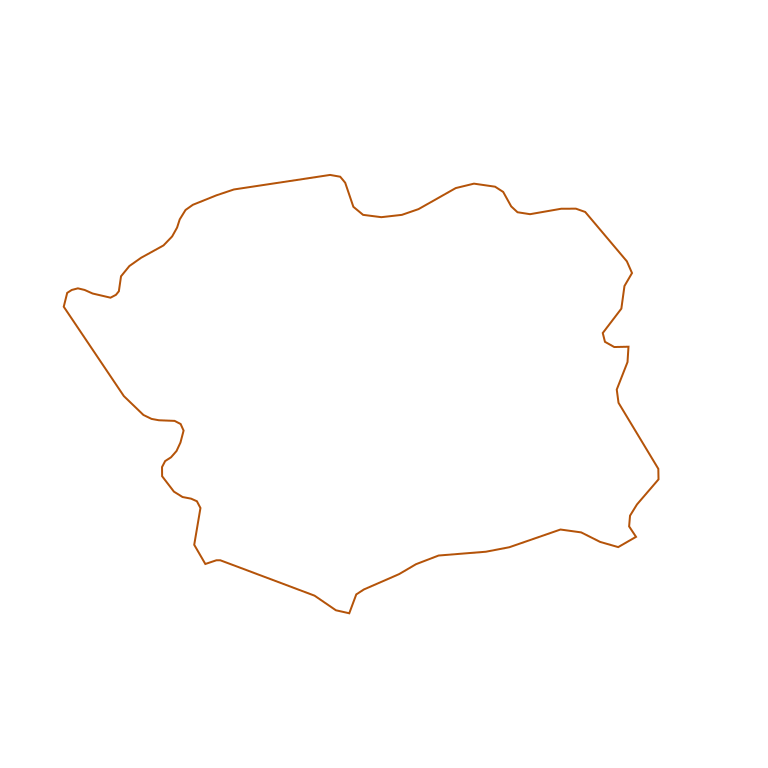 outline of Essonne, rotated 69°
{"feature_id": "FRA-5289", "entity_name": "Essonne", "entity_type": "Metropolitan department", "adm_level": 1, "iso_a3": "FRA", "parent_name": "France", "parent_adm1": "", "projection": "orthographic", "projection_center": [2.213, 48.526], "detail": "fine", "context": "isolated", "style": "outline", "palette": "amber", "viewbox_px": 768, "rotation_deg": 69, "n_neighbors": 0, "source": "natural_earth", "source_scale": "10m", "svg_char_len": 1269}
<svg xmlns="http://www.w3.org/2000/svg" viewBox="0 0 768 768"><g transform="rotate(69 384 384)"><path d="M207.6,349.1L218.6,342.9L227.3,326.7L232.5,306.7L233.1,289.1L226.8,246.8L229.2,228.2L239.6,209.6L247.4,203.9L263.8,201.6L271.5,197.8L277.8,186.8L283.9,155.7L289.1,142.0L295.5,134.5L356.5,113.3L369.3,112.7L378.7,124.4L398.7,135.4L414.8,161.5L423.8,162.6L432.0,155.8L436.8,142.4L450.8,148.8L472.6,168.7L485.6,171.8L561.5,158.3L571.4,161.9L587.1,191.0L595.1,201.5L604.8,206.2L617.0,203.5L620.2,223.8L608.9,238.8L593.2,253.1L583.1,271.4L581.3,325.5L577.1,349.0L563.7,394.5L563.7,418.7L566.9,438.1L568.6,476.4L570.5,485.3L585.6,498.6L578.0,510.0L556.7,524.7L489.9,600.0L488.5,603.7L488.0,615.3L466.1,618.8L434.0,599.8L426.4,600.7L421.9,605.2L417.3,612.6L409.2,618.7L390.6,624.2L382.0,621.0L377.5,615.9L376.1,609.1L372.2,601.7L365.7,595.0L355.7,587.8L348.5,588.2L343.4,592.7L337.2,607.1L333.3,613.5L326.7,619.7L302.1,631.2L197.1,655.3L185.4,647.1L184.3,641.8L185.0,635.5L188.9,629.8L195.1,623.6L205.4,608.4L204.7,602.3L202.4,598.3L189.2,590.9L182.6,579.4L179.1,565.5L175.6,540.2L170.3,528.9L163.8,521.1L157.1,515.7L150.4,506.9L148.2,498.2L147.8,472.8L148.6,454.4L169.5,359.4L174.8,350.6L182.2,348.1L207.6,349.1Z" fill="none" stroke="#b45309" stroke-width="2"/></g></svg>